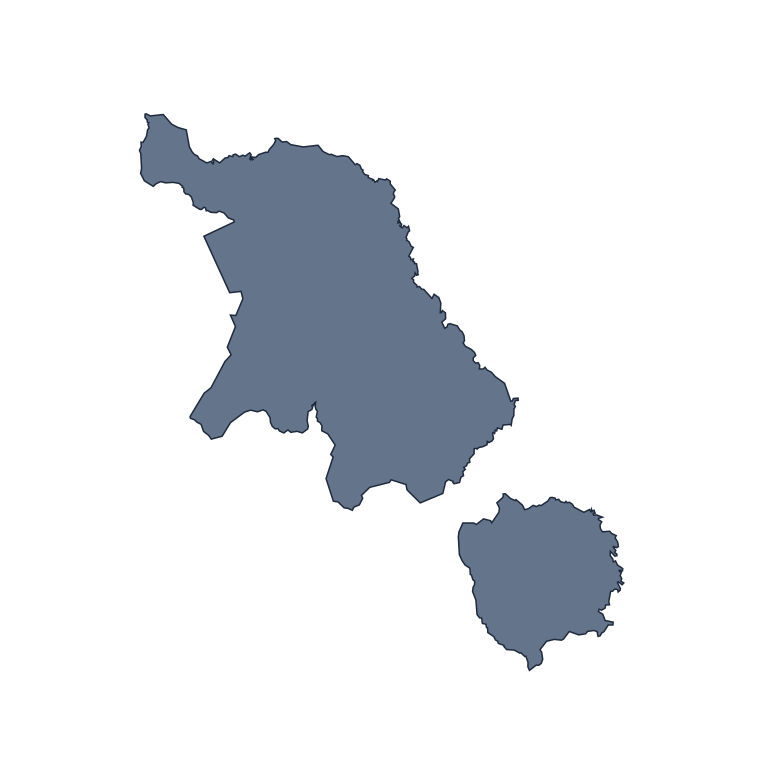 Bosome Freho, Ashanti, Ghana, rotated 350°
{"feature_id": "2480657B30283206314404", "entity_name": "Bosome Freho", "entity_type": "district", "adm_level": 2, "iso_a3": "GHA", "parent_name": "Ghana", "parent_adm1": "Ashanti", "projection": "robinson", "projection_center": [-1.315, 6.307], "detail": "fine", "context": "isolated", "style": "filled", "palette": "slate", "viewbox_px": 768, "rotation_deg": 350, "n_neighbors": 0, "source": "geoboundaries", "source_scale": "gbopen_adm2", "svg_char_len": 6157}
<svg xmlns="http://www.w3.org/2000/svg" viewBox="0 0 768 768"><g transform="rotate(350 384 384)"><path d="M435.5,232.9L433.8,234.1L431.2,231.4L429.3,233.4L427.2,231.7L427.2,230.7L428.5,231.1L429.1,229.7L427.8,227.7L425.7,227.8L426.0,226.1L427.8,226.7L427.0,223.5L428.5,222.0L428.5,214.1L422.2,207.3L426.7,202.4L427.1,200.7L426.2,198.9L427.0,196.6L428.8,195.0L424.9,188.1L425.4,185.4L422.2,182.4L420.6,183.3L414.5,180.8L412.7,183.4L412.3,182.7L410.1,183.7L409.2,181.0L408.2,181.3L408.4,180.5L404.2,177.9L404.8,176.1L401.2,174.1L399.9,171.0L400.5,169.7L399.1,168.3L398.2,164.4L395.6,162.3L393.7,163.0L388.3,153.9L382.7,151.9L377.3,151.9L371.9,148.6L370.1,148.7L364.4,144.5L360.5,137.4L345.6,136.5L333.8,132.1L330.1,128.3L325.7,128.0L322.5,123.8L320.4,123.3L319.0,123.4L319.6,125.4L316.9,129.0L311.6,133.3L310.0,135.7L307.6,135.2L300.4,136.3L296.9,138.6L293.5,137.5L293.0,138.8L294.2,140.0L293.5,140.3L292.5,138.8L292.1,139.5L292.1,138.1L290.6,139.8L293.0,135.1L291.9,133.0L286.8,135.5L284.6,134.1L281.2,135.1L277.7,131.8L275.2,132.1L274.6,133.8L270.9,132.3L269.5,134.0L266.8,133.8L260.6,137.7L255.0,132.6L254.1,133.7L254.9,135.0L254.2,137.5L253.2,137.1L252.8,134.7L247.9,135.5L241.1,130.1L240.0,127.1L237.2,125.1L235.3,122.0L233.5,116.6L233.4,99.4L225.8,95.7L220.0,91.3L213.4,80.3L200.4,79.4L196.9,76.7L195.5,76.8L194.9,80.1L196.6,82.7L196.4,85.0L197.7,85.9L196.6,87.2L197.1,91.0L195.3,92.7L193.1,98.8L188.7,104.2L186.7,103.6L186.2,108.0L183.7,111.5L184.5,114.6L182.7,129.6L180.9,134.3L183.3,142.3L191.1,149.3L194.4,147.2L199.3,145.9L203.8,148.0L211.2,148.8L216.9,150.8L220.0,154.4L219.4,155.1L220.8,156.6L220.4,160.0L221.7,162.4L224.3,163.2L226.7,166.2L227.7,172.1L227.0,174.8L233.0,180.1L234.6,180.4L237.4,178.7L238.7,179.4L239.0,182.6L240.2,182.4L243.2,184.8L248.8,186.2L251.5,185.1L256.1,187.7L259.5,193.4L264.5,196.4L264.6,198.4L232.3,207.2L247.9,267.3L259.3,268.0L259.8,275.6L250.0,290.8L244.7,289.5L247.7,301.6L236.1,320.5L238.5,328.7L231.3,334.2L213.0,357.6L205.2,361.9L187.4,382.3L187.5,384.2L191.1,386.3L193.2,389.2L196.8,391.9L198.1,399.4L202.3,404.0L204.3,408.3L215.6,407.3L226.1,395.4L241.7,387.5L248.2,386.6L254.6,389.4L260.4,388.5L263.2,390.5L266.0,397.5L265.5,401.9L266.6,406.4L269.1,409.3L271.8,409.5L272.9,412.1L276.9,414.8L281.4,412.6L283.9,415.4L290.1,415.5L295.1,418.0L300.9,415.1L302.1,412.5L301.9,406.7L304.5,398.0L308.5,396.6L309.6,394.7L309.1,392.8L310.2,392.1L310.9,393.0L312.1,390.6L313.6,390.0L312.4,394.3L312.4,396.9L313.7,399.2L311.5,404.9L312.5,406.6L312.0,409.0L314.2,410.8L315.6,414.2L314.6,419.2L320.0,423.4L325.3,435.7L319.3,444.1L321.2,447.1L310.5,467.1L313.8,490.7L318.2,492.1L323.2,499.0L326.7,500.1L330.9,502.9L333.0,500.0L338.7,498.8L343.2,492.8L342.4,489.8L352.0,483.3L372.3,481.8L374.4,479.6L388.2,486.8L388.3,492.3L399.0,507.4L422.9,502.0L427.7,491.0L431.0,489.3L435.0,491.8L434.7,493.1L435.7,494.4L441.3,494.1L443.5,489.2L446.4,488.1L446.4,484.0L449.2,482.2L448.0,480.1L451.1,478.8L452.6,476.3L454.9,476.1L455.2,472.5L460.6,468.4L461.6,463.3L464.1,463.5L464.3,464.3L466.5,463.0L470.5,462.9L474.9,461.7L475.8,458.5L477.1,459.9L480.5,458.8L482.3,457.0L482.4,451.2L483.3,450.7L484.3,451.9L485.6,448.7L486.8,449.7L488.1,447.0L492.2,449.1L494.1,445.1L501.4,445.7L502.1,446.8L504.2,440.5L506.3,437.8L507.6,431.3L509.5,428.8L508.6,426.8L510.5,423.0L513.3,423.4L513.6,421.2L508.9,420.7L507.4,423.0L505.9,423.0L502.9,404.3L494.8,396.0L491.9,391.1L487.9,388.1L486.4,385.1L484.1,386.5L480.5,385.7L481.5,382.6L480.5,379.4L477.8,379.3L475.9,376.5L476.5,373.7L479.3,371.8L478.7,368.8L476.0,365.1L470.7,361.0L469.1,357.4L470.8,355.2L471.2,350.3L470.0,346.1L468.0,344.0L466.3,339.5L459.4,336.0L457.3,336.3L456.0,338.7L453.5,339.7L451.7,333.2L456.0,330.5L456.9,324.6L454.2,321.8L452.9,323.6L451.8,323.6L454.0,314.2L453.0,308.4L448.9,304.3L446.1,308.1L439.6,297.7L437.9,297.4L435.7,294.1L433.4,294.2L433.5,292.5L430.7,288.8L431.3,286.6L429.7,284.8L433.0,282.9L433.9,280.1L435.0,282.6L436.7,282.3L436.3,280.9L437.0,279.2L436.9,271.2L435.0,270.7L435.2,269.2L433.7,268.3L434.7,266.0L432.1,266.4L432.0,263.8L430.5,262.5L436.6,254.6L434.6,253.0L433.3,248.1L431.3,246.4L431.8,245.0L431.1,243.6L434.2,238.6L435.8,237.6L435.5,232.9ZM564.6,543.3L558.6,545.1L549.8,538.3L548.6,535.1L546.1,532.7L543.9,532.8L542.8,531.2L541.5,532.4L537.4,530.5L536.0,527.9L533.0,527.9L532.7,526.1L529.9,524.9L527.9,524.7L525.2,527.6L517.6,531.0L515.8,530.2L513.0,531.2L509.8,529.4L504.5,531.9L500.7,532.2L499.3,527.3L493.9,520.8L492.9,521.6L488.6,518.6L484.4,513.1L482.2,513.0L482.1,515.2L480.6,516.9L474.5,520.6L476.1,526.1L474.9,530.3L466.0,539.4L465.2,537.1L458.6,534.1L450.6,538.4L448.3,536.5L437.5,534.6L432.2,542.5L430.7,547.1L428.6,565.0L430.2,571.5L432.5,576.5L436.6,580.3L435.9,586.5L436.9,587.3L437.6,592.3L439.0,593.9L438.4,597.2L436.5,599.5L435.2,603.7L437.0,612.8L435.6,627.2L437.5,630.9L439.5,631.5L439.3,636.8L442.6,638.3L442.7,641.6L443.6,642.2L443.1,646.8L448.3,651.9L449.3,655.4L451.3,657.0L451.5,659.3L456.7,662.2L456.5,663.3L458.6,666.8L465.9,668.6L471.0,672.6L472.0,672.4L475.4,676.8L476.4,676.7L477.5,683.0L476.6,687.6L477.5,691.3L485.1,687.3L487.6,687.9L490.4,686.4L492.5,682.7L492.7,675.5L491.5,672.7L499.4,665.6L507.3,665.1L514.4,667.1L516.3,666.5L523.5,659.9L532.3,664.9L539.2,665.0L541.5,663.0L548.0,663.2L550.8,664.8L551.0,669.8L553.2,669.5L555.1,667.0L557.5,666.2L563.0,660.3L567.6,661.1L568.3,658.3L560.7,655.3L559.5,648.7L555.7,645.3L556.8,643.1L558.9,644.5L562.8,643.1L564.0,640.1L567.7,640.6L567.6,637.2L571.2,627.6L573.1,627.8L575.4,626.1L578.3,626.9L578.5,629.5L580.8,628.1L581.3,626.4L579.4,620.2L580.4,619.4L583.6,623.1L585.6,621.6L583.1,619.2L584.3,616.8L583.3,613.7L585.1,610.6L583.3,609.4L583.3,608.3L586.4,609.4L587.1,607.3L582.4,602.7L581.3,598.4L579.0,599.0L578.9,596.1L577.0,592.1L577.9,588.1L581.4,593.6L583.6,593.5L583.7,591.9L581.9,590.0L583.4,588.2L581.5,584.6L581.7,583.9L584.8,585.6L586.6,584.8L586.7,580.4L584.9,575.6L586.4,573.7L582.2,570.7L580.7,568.2L573.5,567.5L572.0,564.2L572.2,560.4L574.5,557.4L571.6,554.7L571.9,553.6L576.0,553.1L570.3,549.7L567.6,549.6L567.6,547.7L569.5,547.8L568.9,544.8L566.9,545.4L566.6,543.3L565.6,545.5L564.6,543.3Z" fill="#64748b" stroke="#1e293b" stroke-width="1.5"/></g></svg>